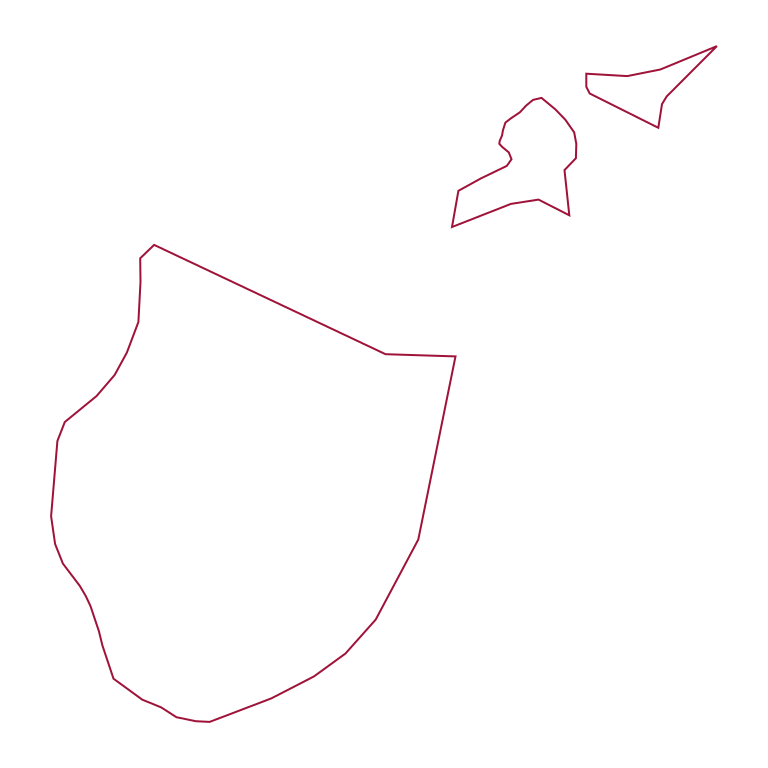 Appenzell Innerrhoden, orthographic projection
{"feature_id": "CHE-3473", "entity_name": "Appenzell Innerrhoden", "entity_type": "Canton", "adm_level": 1, "iso_a3": "CHE", "parent_name": "Switzerland", "parent_adm1": "", "projection": "orthographic", "projection_center": [9.457, 47.345], "detail": "fine", "context": "isolated", "style": "outline", "palette": "rose", "viewbox_px": 768, "rotation_deg": 0, "n_neighbors": 0, "source": "natural_earth", "source_scale": "10m", "svg_char_len": 925}
<svg xmlns="http://www.w3.org/2000/svg" viewBox="0 0 768 768"><path d="M455.5,356.4L418.3,539.5L375.7,619.6L345.5,653.5L314.0,676.4L271.3,698.4L209.6,721.9L195.7,721.2L176.4,717.2L161.2,707.4L142.3,699.7L113.5,678.7L102.3,645.1L99.0,631.5L90.5,606.1L85.8,596.1L79.8,585.9L62.9,563.6L55.1,544.0L51.1,516.3L57.4,441.0L64.8,422.0L96.6,396.0L114.7,374.9L126.9,352.5L138.4,322.0L140.5,281.9L140.2,258.3L154.1,244.9L385.5,354.2L455.5,356.4ZM569.3,215.3L538.5,199.6L510.9,203.9L452.0,227.0L458.4,190.8L481.1,178.3L506.8,165.9L511.5,159.2L508.8,152.4L502.4,147.1L499.3,143.8L499.7,140.9L502.0,135.6L503.0,130.1L505.4,122.6L511.1,118.2L519.9,112.3L526.0,105.7L533.0,99.9L541.5,97.9L555.3,109.3L565.4,119.8L574.2,132.4L576.3,143.8L575.9,158.2L564.5,170.1L569.3,215.3ZM716.9,46.1L666.7,96.4L662.0,104.1L658.3,127.8L589.7,93.5L586.3,86.8L586.3,73.7L627.2,76.1L660.3,69.5L716.9,46.1Z" fill="none" stroke="#9f1239" stroke-width="2"/></svg>